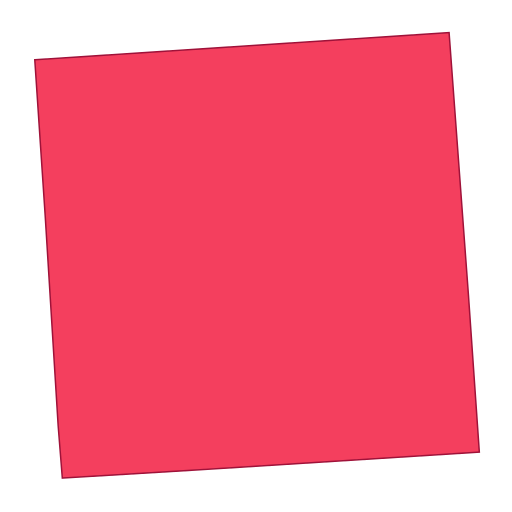 Wilson, Kansas, United States of America (orthographic projection), rotated 356°
{"feature_id": "52423323B84575223553196", "entity_name": "Wilson", "entity_type": "district", "adm_level": 2, "iso_a3": "USA", "parent_name": "United States of America", "parent_adm1": "Kansas", "projection": "orthographic", "projection_center": [-95.752, 37.559], "detail": "fine", "context": "isolated", "style": "filled", "palette": "rose", "viewbox_px": 512, "rotation_deg": 356, "n_neighbors": 0, "source": "geoboundaries", "source_scale": "gbopen_adm2", "svg_char_len": 272}
<svg xmlns="http://www.w3.org/2000/svg" viewBox="0 0 512 512"><g transform="rotate(356 256 256)"><path d="M464.2,46.6L49.0,44.8L48.5,202.2L46.8,411.4L47.3,464.0L183.5,465.3L465.1,467.2L465.2,309.6L464.2,46.6Z" fill="#f43f5e" stroke="#9f1239" stroke-width="1.5"/></g></svg>